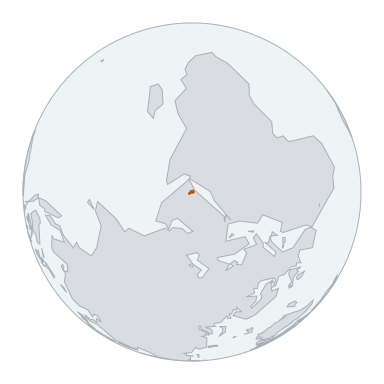 Sa`dah highlighted on a globe, orthographic projection, rotated 163°
{"feature_id": "YEM-150", "entity_name": "Sa`dah", "entity_type": "Governorate", "adm_level": 1, "iso_a3": "YEM", "parent_name": "Yemen", "parent_adm1": "", "projection": "orthographic", "projection_center": [43.78, 17.066], "detail": "fine", "context": "on_globe", "style": "filled", "palette": "amber", "viewbox_px": 384, "rotation_deg": 163, "n_neighbors": 0, "source": "natural_earth", "source_scale": "10m", "svg_char_len": 10286}
<svg xmlns="http://www.w3.org/2000/svg" viewBox="0 0 384 384"><g transform="rotate(163 192 192)"><circle cx="192" cy="192" r="169" fill="#eef3f6" stroke="#a8b0b8"/><path d="M150.6,28.2L151.6,28.0L155.2,27.2L157.1,26.8L156.4,27.1L151.7,28.1L151.4,28.1L149.7,28.6L147.7,29.0L148.2,29.0L142.7,30.5L147.0,29.5L141.6,31.2L138.3,32.1L140.2,31.3L139.4,31.4L150.6,28.2ZM119.0,39.6L119.4,39.5L125.4,36.8L122.7,38.2L117.0,41.1L111.8,43.6L109.1,45.2L112.6,43.9L101.8,50.2L92.4,57.6L89.7,59.5L87.1,60.3L90.5,56.9L89.8,57.4L103.9,47.8L119.0,39.6ZM87.4,59.3L87.6,59.2L81.0,64.6L79.2,66.2L78.6,66.9L80.4,65.5L77.7,67.9L76.7,68.5L87.4,59.3ZM23.1,197.5L24.3,205.5L26.9,216.8L28.2,226.7L28.8,234.8L33.1,249.5L29.1,236.8L26.1,223.9L24.1,210.8L23.1,197.5ZM126.4,36.3L125.9,36.5L125.0,36.9L126.4,36.3ZM130.5,34.6L129.5,35.0L129.2,35.2L130.5,34.6ZM136.9,32.3L138.6,31.7L129.9,34.9L131.8,34.1L136.9,32.3ZM237.7,29.3L234.0,28.4L233.9,28.3L237.7,29.3ZM156.7,26.8L152.8,27.7L156.7,26.8L156.7,26.8ZM175.9,23.8L174.6,24.0L170.1,24.5L167.0,24.9L168.6,24.8L158.7,26.4L160.1,26.1L175.9,23.8ZM229.3,27.4L228.9,27.4L227.9,27.1L229.3,27.4ZM158.2,26.6L159.6,26.3L164.3,25.5L162.4,26.1L161.5,26.1L158.2,26.6ZM182.3,23.3L181.9,23.4L183.0,23.3L175.0,24.0L177.2,23.7L182.3,23.3ZM160.0,26.5L161.3,26.5L158.4,27.2L157.1,27.0L160.0,26.5ZM166.3,25.1L168.5,24.9L166.7,25.2L166.3,25.1ZM148.8,30.4L150.4,29.6L153.0,29.1L148.8,30.4ZM161.9,26.5L162.9,26.3L164.1,26.1L164.3,26.3L161.9,26.5ZM175.1,24.1L174.1,24.3L178.3,23.8L178.0,24.1L172.7,24.6L174.8,24.5L174.7,24.6L170.5,24.9L175.1,24.1ZM168.1,26.0L161.3,27.1L157.8,28.5L155.4,28.9L161.4,26.7L168.1,26.0ZM169.9,25.3L168.3,25.8L166.1,25.9L165.9,25.7L169.9,25.3ZM179.6,24.3L181.5,23.7L182.6,23.6L179.6,24.3ZM167.5,26.3L169.2,26.1L167.6,26.4L167.5,26.3ZM176.4,24.8L176.9,24.5L178.2,24.4L176.4,24.8ZM172.1,25.9L169.9,26.2L169.7,26.0L172.1,25.9ZM174.4,25.4L176.0,25.4L170.9,25.7L174.5,25.2L174.4,25.4ZM177.5,24.8L178.4,24.6L177.1,24.9L177.5,24.8ZM174.2,26.9L167.9,27.4L167.4,26.8L173.6,26.3L174.2,26.9ZM263.8,39.1L265.6,39.9L270.3,42.3L270.7,42.5L288.4,53.2L277.8,46.7L259.0,37.0L266.5,40.5L264.1,39.6L266.4,40.9L271.7,43.7L272.8,44.1L278.0,49.8L289.5,59.5L290.3,57.9L294.6,60.3L308.4,72.6L321.1,92.8L326.9,98.3L329.8,102.5L330.3,106.0L326.1,99.8L323.3,98.5L320.9,94.8L320.3,99.1L316.8,94.0L318.0,100.3L321.6,103.9L323.5,101.6L326.1,109.8L332.7,115.8L337.6,124.8L340.2,143.5L336.8,151.1L337.5,154.3L334.0,151.9L332.5,159.2L341.6,174.5L342.5,179.5L338.6,191.3L338.0,187.6L328.8,181.3L329.3,193.8L336.4,201.7L338.9,212.8L334.5,210.7L331.7,201.1L328.4,198.6L327.6,187.8L321.7,173.3L317.1,177.7L315.9,171.4L307.1,160.3L299.6,166.4L288.8,186.1L289.9,202.4L285.0,210.4L272.6,188.9L267.9,173.6L262.9,175.8L250.6,164.0L227.8,165.3L225.1,161.4L220.7,163.6L212.1,159.9L208.1,153.5L202.7,154.1L213.5,171.1L219.4,170.5L225.0,163.5L226.8,169.7L235.2,174.8L224.2,190.6L191.1,205.0L188.8,192.8L168.3,159.2L169.4,155.5L169.4,155.1L169.2,154.3L166.4,160.3L163.1,153.8L173.1,177.1L174.4,187.2L190.7,205.8L188.9,207.7L194.4,211.5L213.1,206.4L213.0,210.5L203.6,229.4L178.6,254.4L182.4,270.8L181.6,284.3L167.1,292.8L169.7,302.8L162.4,305.9L162.8,311.4L157.7,316.8L148.7,321.3L132.0,319.7L130.0,314.9L120.1,304.3L105.9,278.6L109.0,267.6L107.1,258.3L95.2,235.8L97.7,224.4L94.8,218.9L88.5,219.0L85.3,212.4L81.6,211.5L59.7,210.3L53.8,200.6L48.5,173.9L53.0,165.4L55.2,154.3L87.4,123.6L92.7,127.1L116.4,126.6L119.0,128.4L114.6,136.6L131.0,149.5L138.3,143.0L154.8,150.3L166.8,150.8L174.0,135.0L154.3,133.8L152.5,125.8L169.6,120.1L187.1,122.0L187.0,119.0L177.3,111.9L182.7,106.9L174.1,109.1L176.6,112.3L171.2,114.0L168.7,111.3L170.7,109.5L165.8,107.9L157.5,117.8L159.1,122.0L145.5,122.9L146.8,130.3L142.6,133.3L138.8,122.1L140.2,118.3L131.9,106.1L129.2,110.1L136.8,122.1L133.8,120.9L130.1,127.2L130.6,121.5L122.9,108.1L111.6,109.2L94.6,123.2L88.5,123.4L84.5,119.1L93.1,103.5L105.8,104.9L109.1,100.1L108.6,92.4L112.5,93.8L113.9,91.0L118.9,91.5L128.0,86.0L133.5,86.1L139.1,78.4L142.6,77.6L138.3,82.2L138.2,85.8L151.8,87.0L155.1,85.5L157.6,80.6L161.1,81.9L161.8,77.1L170.6,76.0L160.4,73.5L163.2,68.5L169.6,65.3L168.6,63.4L158.2,68.8L155.6,71.5L156.4,74.4L147.9,82.4L142.8,83.3L144.7,73.9L137.6,74.5L142.3,67.6L167.7,56.0L177.3,54.5L188.9,61.8L185.5,64.5L179.7,63.1L183.2,68.7L183.8,66.1L186.7,67.5L190.0,63.7L192.2,64.5L191.6,59.8L194.7,60.3L195.0,63.3L202.5,59.0L209.4,59.6L210.1,58.3L208.8,56.7L218.4,58.9L218.4,57.9L215.3,56.8L213.4,54.1L213.7,50.5L217.0,51.4L217.3,52.9L223.0,57.6L223.3,61.7L224.7,61.8L225.2,58.5L218.3,52.6L217.6,50.2L221.4,52.6L220.0,51.6L220.6,50.7L224.4,50.9L220.4,48.2L223.4,39.4L230.9,39.5L234.0,42.2L239.5,38.7L247.5,40.2L244.7,38.9L245.3,37.2L242.8,36.6L241.5,36.0L242.1,32.5L244.8,32.8L241.8,31.0L240.3,30.5L238.1,30.0L234.0,28.4L237.7,29.3L251.0,33.7L263.8,39.1ZM74.7,140.6L73.4,143.8L74.7,140.6ZM204.6,132.6L215.7,133.2L212.3,123.3L216.3,122.9L213.6,119.9L212.0,122.6L205.8,114.5L211.1,111.7L210.6,107.6L206.9,107.3L198.1,113.8L206.8,125.2L203.6,129.2L204.6,132.6ZM81.1,64.5L80.0,65.6L79.5,66.0L81.1,64.5ZM81.1,66.7L76.9,70.5L79.5,67.8L78.0,68.7L81.7,64.6L88.6,60.2L84.8,62.7L81.1,66.7ZM88.6,58.5L85.5,61.2L88.6,58.5L88.6,58.5ZM116.6,77.2L117.6,79.1L114.6,81.9L107.8,83.2L112.0,78.9L116.6,77.2ZM119.7,81.3L123.5,72.4L127.9,71.8L124.8,73.5L127.3,74.0L123.0,77.1L123.4,85.7L120.8,88.9L109.6,88.6L114.7,86.7L113.4,84.7L119.7,81.3ZM125.5,55.2L127.3,52.5L134.6,54.3L132.1,56.7L125.2,57.7L124.0,55.5L125.5,55.2ZM135.3,33.6L135.5,33.3L136.8,32.9L137.7,32.9L135.3,33.6ZM149.3,30.0L135.9,34.8L135.4,34.6L128.1,38.2L124.0,39.2L128.8,36.7L120.2,40.6L123.0,38.7L117.3,41.5L128.6,35.8L130.7,34.7L129.9,35.5L133.6,34.5L135.8,33.7L143.8,31.0L150.2,28.6L154.9,27.7L156.5,27.7L155.7,28.1L152.9,28.4L153.8,28.8L149.1,29.7L149.3,30.0ZM172.7,34.5L169.8,33.6L170.8,36.5L166.1,36.6L166.5,36.9L162.5,37.9L158.3,39.8L156.5,39.6L155.6,40.5L152.9,41.3L151.2,42.6L147.2,42.8L144.7,44.4L144.3,43.6L141.1,46.4L141.7,44.5L138.2,45.7L139.5,46.9L122.3,47.4L114.6,49.8L107.9,53.2L109.8,50.1L117.3,45.2L127.1,40.5L134.2,38.9L133.8,38.1L137.1,37.1L136.0,38.2L139.6,36.1L142.0,35.7L150.7,33.0L154.3,30.7L157.6,29.9L157.4,30.6L160.8,29.3L162.7,30.2L165.1,29.7L169.3,30.4L167.5,32.4L170.3,31.8L173.7,32.5L172.7,34.5ZM175.3,27.1L174.2,29.0L171.1,30.1L165.1,28.6L162.7,28.9L158.7,28.5L163.2,27.0L163.9,27.2L165.7,27.1L163.6,27.6L166.6,27.1L167.7,27.5L170.3,27.3L169.2,27.9L175.3,27.1ZM123.1,125.6L125.4,126.3L129.2,126.4L126.9,130.6L123.1,125.6ZM117.7,116.6L119.9,116.3L118.6,121.8L116.2,121.3L117.7,116.6ZM122.2,111.7L120.1,115.9L119.9,113.4L122.2,111.7ZM140.4,81.9L142.9,81.5L142.7,82.7L140.8,84.3L140.4,81.9ZM174.7,44.9L173.5,43.8L174.5,43.4L175.3,40.5L178.8,40.6L179.8,42.3L174.7,44.9ZM170.0,137.6L165.9,140.5L164.4,138.9L166.1,138.2L170.0,137.6ZM144.9,135.6L150.1,138.1L144.2,136.7L144.9,135.6ZM178.7,44.4L178.6,43.2L180.4,44.0L178.7,44.4ZM181.5,40.5L183.8,41.1L179.4,40.2L181.5,40.5ZM239.5,342.9L240.8,343.9L238.1,344.4L239.5,342.9ZM211.0,281.9L200.9,305.0L192.7,305.2L190.6,298.6L193.9,284.7L203.2,280.6L207.6,274.0L211.0,281.9ZM353.1,231.3L354.1,231.0L354.0,231.7L353.1,231.3ZM352.1,229.8L353.6,228.8L351.5,231.7L352.1,229.8ZM354.1,228.5L355.6,225.8L356.3,224.0L356.0,225.7L354.1,228.5ZM350.9,230.7L343.1,235.0L339.5,234.7L340.8,231.5L346.5,229.5L350.9,230.7ZM340.5,231.6L334.5,226.4L323.6,207.3L327.6,206.5L338.4,216.5L337.8,219.1L341.4,223.6L340.5,231.6ZM353.3,210.9L352.6,218.3L348.7,220.1L346.7,220.1L345.3,211.6L346.1,206.6L347.9,205.8L352.7,186.6L354.8,189.2L353.8,196.9L355.3,202.1L353.3,210.9ZM290.7,203.8L295.0,212.7L292.1,214.8L290.7,203.8ZM353.1,174.3L352.2,182.5L352.5,172.1L353.1,174.3ZM352.4,165.0L353.2,168.4L351.8,165.6L352.4,165.0ZM338.9,159.0L337.1,160.7L336.3,158.3L338.1,154.7L338.9,159.0ZM341.3,132.5L344.0,139.4L344.7,141.9L342.5,138.2L341.3,132.5ZM208.6,45.9L203.6,49.5L202.3,52.8L205.3,55.4L199.0,53.5L200.9,48.4L208.6,45.9ZM221.2,39.9L218.6,38.1L221.1,38.2L222.0,38.7L221.2,39.9ZM218.6,39.3L212.9,38.4L212.3,37.0L217.0,37.9L218.6,39.3ZM195.7,40.5L193.9,41.5L192.5,40.8L195.7,40.5ZM328.6,291.5L325.1,295.8L324.3,296.0L328.0,291.0L334.2,278.6L334.7,278.4L338.7,269.5L347.1,256.8L354.1,238.5L354.8,237.4L351.1,248.9L346.6,260.1L341.4,271.0L335.3,281.4L328.6,291.5ZM355.6,229.5L357.6,222.4L358.1,221.1L355.6,229.5ZM360.6,203.3L360.7,201.5L360.8,199.6L360.6,203.3ZM360.8,198.2L360.7,197.5L360.9,194.5L360.8,198.2ZM359.5,206.7L359.4,208.6L359.1,207.7L359.5,206.7ZM359.9,204.9L360.4,205.4L359.8,206.6L359.9,204.9ZM356.2,203.0L356.7,207.0L358.2,202.7L357.0,207.9L357.5,214.3L357.0,217.4L356.6,210.4L355.6,219.0L354.9,219.4L355.0,212.7L356.0,203.5L356.7,199.4L359.0,195.4L356.2,203.0ZM360.1,199.4L359.9,194.7L360.0,190.9L360.3,193.2L360.1,199.4ZM358.4,183.5L356.8,178.7L356.1,181.9L356.7,171.7L358.3,178.0L358.4,183.5ZM355.8,171.5L355.3,174.4L355.4,168.7L355.8,171.5ZM354.7,172.7L353.8,168.7L354.7,168.6L354.7,172.7ZM356.3,171.2L355.1,164.1L356.2,167.8L356.3,171.2ZM351.4,160.0L354.6,165.1L351.7,164.3L348.1,151.4L349.0,150.2L351.4,160.0ZM334.2,105.3L332.0,102.2L331.8,100.7L333.4,103.2L334.2,105.3ZM329.3,94.5L331.0,99.4L332.1,104.0L333.4,105.0L336.6,111.0L332.8,106.5L329.6,99.2L329.4,96.8L326.2,92.1L324.1,88.2L319.6,83.0L317.7,80.3L321.7,84.5L329.3,94.5ZM317.7,80.8L309.1,71.7L310.3,71.9L312.5,73.9L315.9,77.9L315.1,77.5L317.7,80.8ZM307.4,69.7L306.5,69.4L292.0,58.4L289.3,56.3L300.9,64.0L300.7,64.3L304.0,67.2L307.4,69.7ZM230.7,27.8L229.1,27.5L230.4,27.7L230.7,27.8ZM240.1,35.7L238.5,34.9L240.1,34.9L240.1,35.7ZM234.9,32.6L234.2,33.1L233.6,32.2L234.9,32.6ZM232.9,34.5L233.3,33.2L234.9,35.1L232.9,34.5Z" fill="#d9dde1" stroke="#a8b0b8" stroke-width="1"/><path d="M191.0,190.7L191.4,190.8L191.5,190.8L191.7,191.1L191.9,191.2L192.0,191.2L192.3,191.2L192.3,191.3L192.5,191.2L192.8,191.2L193.0,191.1L193.3,191.0L193.5,191.0L193.8,191.0L194.1,191.0L194.4,190.9L195.0,190.9L195.4,190.9L195.3,191.9L195.1,192.0L194.9,192.0L194.7,192.0L194.4,192.1L194.0,192.3L193.8,192.5L193.7,192.6L193.5,192.8L193.4,192.8L193.2,193.0L193.2,193.3L192.8,193.3L192.7,193.3L192.4,193.2L192.2,193.1L191.9,193.2L191.9,193.3L191.5,193.3L191.2,193.3L190.9,193.3L190.4,193.2L190.3,192.9L190.3,192.7L190.2,192.7L190.1,192.4L190.2,192.2L190.1,191.9L190.2,191.7L190.3,191.5L190.5,191.4L190.4,191.3L190.3,191.2L190.7,190.8L190.8,190.8L190.9,190.7L191.0,190.7L191.0,190.7Z" fill="#f59e0b" stroke="#b45309" stroke-width="1.5"/></g></svg>